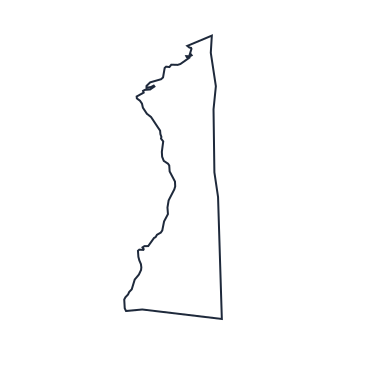 Tadjourah, Tadjourah, Djibouti (Albers equal-area conic projection), rotated 129°
{"feature_id": "41766387B13463549189785", "entity_name": "Tadjourah", "entity_type": "district", "adm_level": 2, "iso_a3": "DJI", "parent_name": "Djibouti", "parent_adm1": "Tadjourah", "projection": "albers", "projection_center": [42.755, 11.778], "detail": "fine", "context": "isolated", "style": "outline", "palette": "slate", "viewbox_px": 384, "rotation_deg": 129, "n_neighbors": 0, "source": "geoboundaries", "source_scale": "gbopen_adm2", "svg_char_len": 1289}
<svg xmlns="http://www.w3.org/2000/svg" viewBox="0 0 384 384"><g transform="rotate(129 192 192)"><path d="M271.9,88.9L179.5,168.6L162.6,187.0L114.2,227.3L94.8,240.0L72.0,265.0L58.0,275.0L81.4,287.6L81.4,284.9L80.6,283.4L81.1,282.5L86.3,280.4L85.7,279.5L86.0,278.3L87.8,279.1L90.0,281.9L90.4,281.0L89.7,278.7L99.9,281.6L102.3,283.2L102.7,283.8L106.1,288.2L109.1,288.2L110.9,291.0L112.8,291.3L121.2,286.6L123.8,287.0L133.1,293.5L138.2,294.1L139.6,293.0L136.2,289.9L133.4,288.7L133.7,287.6L137.3,288.7L138.6,289.0L142.3,292.9L144.2,293.7L145.2,292.1L152.6,295.1L154.0,293.7L153.8,289.9L154.8,286.5L157.4,283.2L159.6,276.3L159.5,271.0L163.2,259.3L164.4,255.4L166.9,253.0L168.5,250.4L170.0,249.7L170.8,246.2L179.8,240.7L183.4,237.4L185.6,233.5L185.1,228.4L185.7,226.4L190.1,222.3L194.6,211.8L198.2,208.6L201.1,207.4L213.2,204.9L219.5,201.3L224.3,196.8L227.3,196.2L232.4,195.2L240.6,190.9L243.2,190.7L247.3,192.3L250.0,191.9L251.6,192.6L261.6,192.0L264.0,194.9L266.2,195.6L266.8,193.6L267.6,193.4L270.0,196.7L271.7,197.0L276.1,192.9L278.3,189.9L280.2,186.3L282.5,183.9L284.7,182.5L285.2,182.4L289.6,181.3L295.4,181.4L296.1,181.4L305.5,177.6L309.3,177.9L311.9,177.2L315.7,177.5L318.2,177.0L324.7,171.1L326.0,168.4L314.6,156.7L271.9,88.9Z" fill="none" stroke="#1e293b" stroke-width="2"/></g></svg>